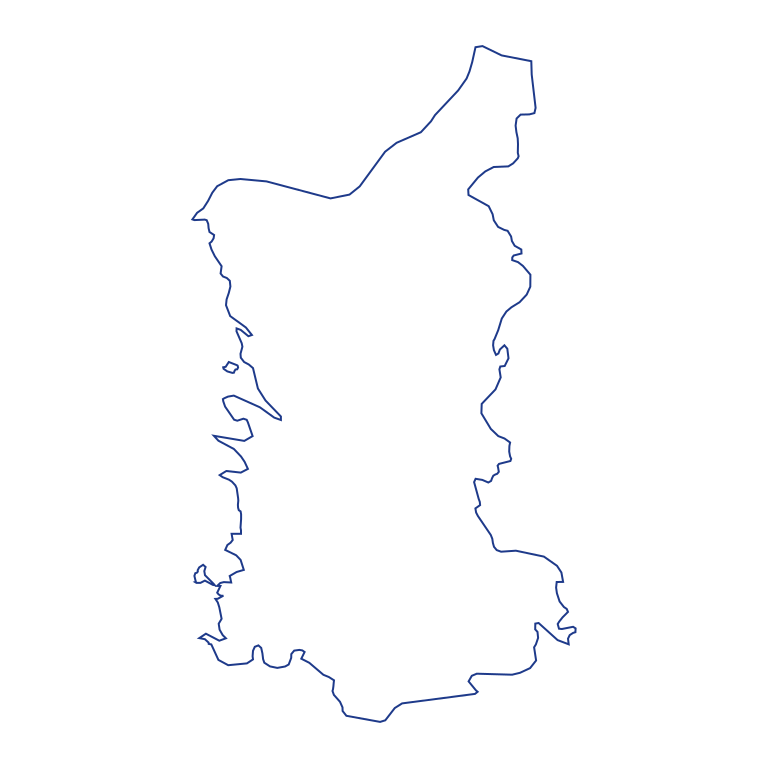 the border of Satakunta
{"feature_id": "FIN-3192", "entity_name": "Satakunta", "entity_type": "Region", "adm_level": 1, "iso_a3": "FIN", "parent_name": "Finland", "parent_adm1": "", "projection": "albers", "projection_center": [22.046, 61.595], "detail": "fine", "context": "isolated", "style": "outline", "palette": "blue", "viewbox_px": 768, "rotation_deg": 0, "n_neighbors": 0, "source": "natural_earth", "source_scale": "10m", "svg_char_len": 4404}
<svg xmlns="http://www.w3.org/2000/svg" viewBox="0 0 768 768"><path d="M208.7,643.9L208.6,642.6L204.9,639.2L199.3,638.1L205.9,633.7L219.3,640.7L225.9,638.3L222.7,635.1L219.6,629.7L218.7,623.7L221.6,618.8L219.3,607.3L217.8,602.5L215.4,598.9L217.7,598.8L223.4,595.7L221.7,595.8L220.2,595.4L218.6,594.4L217.2,592.7L220.4,586.0L217.2,585.9L220.3,583.0L223.8,582.1L231.2,582.5L230.2,577.7L229.7,576.0L236.6,572.0L243.8,569.9L240.6,559.9L236.2,555.3L225.2,549.9L227.4,545.0L230.6,542.7L232.7,540.0L231.6,533.8L241.0,533.8L241.0,530.3L240.5,527.7L241.1,519.1L241.1,514.3L240.6,511.4L238.8,510.2L238.1,507.8L237.9,504.9L238.3,500.6L238.1,498.0L236.7,488.3L235.4,485.4L232.0,481.7L229.0,479.7L222.7,477.2L219.7,475.1L226.3,471.0L240.8,472.6L247.9,468.9L244.6,461.8L241.1,456.6L233.9,449.0L218.4,440.7L213.9,435.8L244.3,440.9L252.6,436.1L247.9,422.4L246.7,419.8L243.4,418.7L237.3,420.7L234.1,419.7L225.1,406.6L223.3,401.4L222.9,399.1L224.4,398.2L228.0,396.6L233.8,395.6L259.9,407.3L274.2,417.6L280.9,420.0L280.9,416.5L265.5,400.5L257.9,388.5L253.0,368.1L248.8,364.5L244.1,362.0L240.8,357.7L240.5,353.8L242.4,346.7L241.7,343.2L236.5,331.3L236.6,328.4L240.7,329.9L248.4,336.2L251.9,335.0L245.9,327.5L230.2,316.1L226.0,305.2L226.6,299.4L228.8,292.9L230.4,286.5L229.8,280.8L226.8,278.0L223.0,276.5L220.6,273.5L221.6,266.2L214.8,256.2L211.5,249.5L209.5,243.3L211.6,241.6L213.6,238.3L214.1,235.0L209.5,232.0L208.6,228.2L208.2,223.8L206.7,220.2L204.7,219.6L194.4,220.1L192.4,219.4L197.1,212.8L203.3,208.4L208.1,200.9L212.3,192.7L217.2,186.2L228.3,180.2L240.4,179.0L266.5,181.4L330.5,198.4L349.5,194.6L359.7,186.4L385.1,151.7L396.6,142.8L420.9,132.2L431.0,121.3L435.0,115.1L458.2,90.4L466.6,78.5L469.5,71.4L472.2,62.1L475.5,47.2L482.5,46.1L501.6,55.4L531.3,61.2L531.7,74.5L535.6,107.9L534.4,113.1L529.3,114.4L520.6,114.6L516.6,118.5L515.6,125.6L516.4,132.1L517.7,138.3L518.0,144.2L517.8,152.9L518.6,156.2L517.8,158.3L513.1,163.4L508.3,166.4L493.7,167.0L485.3,171.4L478.0,177.5L468.2,189.4L468.5,195.0L488.7,206.2L492.6,214.2L493.8,220.3L498.1,226.9L504.2,229.9L507.6,230.8L511.1,236.5L511.9,241.0L514.7,245.8L521.3,249.5L521.5,253.5L513.7,255.5L512.3,257.4L512.2,260.1L518.0,262.1L523.0,266.0L530.4,274.7L530.3,286.7L526.7,294.6L519.6,302.2L511.4,307.3L506.4,311.5L501.8,318.5L498.2,330.2L494.5,339.2L493.5,340.8L493.1,345.3L493.9,350.1L496.0,354.9L498.4,353.5L499.9,349.5L504.4,345.3L507.3,348.7L508.5,358.3L504.7,366.0L500.3,366.5L499.4,369.3L500.7,377.4L495.5,389.4L481.7,403.9L481.4,413.3L490.8,428.9L498.3,436.1L504.5,438.5L510.1,442.5L509.4,446.0L509.2,451.6L510.1,456.4L511.2,458.8L510.4,461.0L499.0,463.9L497.6,465.7L497.9,466.8L498.1,467.6L498.8,471.8L497.2,473.8L495.3,474.5L493.3,475.7L492.0,478.3L491.1,480.9L488.3,482.5L482.3,479.9L475.6,478.8L474.1,482.1L478.7,498.9L479.8,501.9L480.1,505.1L475.4,508.4L476.1,512.5L477.9,516.0L490.8,535.0L492.3,538.8L492.9,542.9L494.0,546.8L496.7,550.1L501.1,551.7L515.9,550.7L543.9,556.6L557.0,565.8L561.4,572.5L563.1,581.9L556.7,582.0L556.1,587.6L556.9,593.2L559.6,601.5L563.9,607.0L566.7,608.9L568.0,611.9L562.6,617.3L559.2,621.6L557.7,624.0L559.0,628.7L561.9,629.0L573.1,626.8L575.6,628.4L575.4,632.2L573.1,632.9L569.7,635.1L568.0,638.7L568.7,644.3L557.6,640.1L538.6,623.0L535.3,623.6L535.2,629.4L537.5,631.9L538.1,637.9L535.9,644.4L534.1,647.3L536.1,660.5L530.1,668.1L520.0,672.8L512.1,674.7L476.8,673.7L471.8,675.8L468.6,681.4L475.9,690.3L477.6,691.8L475.0,693.9L402.1,703.4L394.8,708.0L385.3,720.3L380.1,721.9L346.4,715.8L342.6,711.0L342.5,707.4L340.0,701.8L333.9,694.9L332.5,691.0L333.0,689.2L333.4,686.3L333.7,682.9L334.0,680.3L328.8,677.0L323.4,674.8L309.3,662.8L301.3,658.7L304.1,653.0L304.6,652.0L302.3,650.4L299.4,649.9L294.2,650.6L291.3,654.1L291.2,657.9L288.7,664.5L285.1,666.5L277.3,667.9L270.0,666.4L264.3,662.7L263.1,659.1L262.4,653.3L261.2,647.9L258.4,645.4L254.8,646.8L253.0,650.8L252.6,656.3L253.0,659.4L246.9,663.4L228.2,665.2L218.4,659.9L211.3,644.4L208.7,643.9ZM212.5,582.7L214.2,584.5L214.7,585.2L212.9,584.9L204.9,580.6L200.4,582.9L196.5,582.9L195.2,582.1L195.6,582.0L195.9,581.9L195.4,580.1L194.4,575.9L195.3,573.2L196.9,572.7L197.8,571.6L197.7,570.2L199.2,567.4L203.1,564.8L205.6,567.0L204.3,571.1L205.0,575.2L212.5,582.7ZM237.0,365.2L237.6,365.6L238.1,367.5L237.2,369.3L235.5,369.5L234.6,370.8L233.9,372.7L232.4,372.9L227.3,371.4L223.6,368.8L223.2,367.3L225.7,366.8L228.8,362.0L237.0,365.2Z" fill="none" stroke="#1e3a8a" stroke-width="2"/></svg>